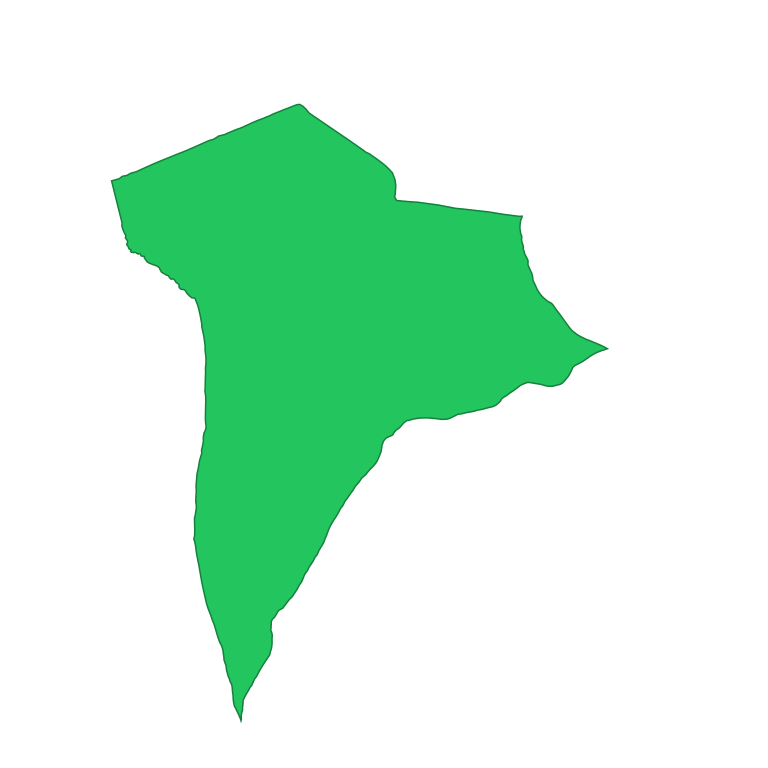 Tesseney, Gash Barka, Eritrea, rotated 76°
{"feature_id": "51966322B94022775351360", "entity_name": "Tesseney", "entity_type": "district", "adm_level": 2, "iso_a3": "ERI", "parent_name": "Eritrea", "parent_adm1": "Gash Barka", "projection": "albers", "projection_center": [36.702, 15.181], "detail": "fine", "context": "isolated", "style": "filled", "palette": "green", "viewbox_px": 768, "rotation_deg": 76, "n_neighbors": 0, "source": "geoboundaries", "source_scale": "gbopen_adm2", "svg_char_len": 6156}
<svg xmlns="http://www.w3.org/2000/svg" viewBox="0 0 768 768"><g transform="rotate(76 384 384)"><path d="M254.6,209.4L254.0,212.3L248.3,227.0L242.8,239.7L233.6,264.3L230.8,272.2L223.6,287.7L215.7,307.5L213.4,314.8L210.9,322.0L208.9,327.5L204.6,328.4L202.9,327.3L194.6,324.6L188.9,323.9L181.3,324.7L176.0,327.6L173.3,329.3L169.4,332.1L163.8,336.7L157.0,342.6L155.0,345.2L141.5,356.8L103.1,391.0L98.5,393.2L94.6,395.7L92.3,398.2L91.9,401.0L93.7,415.4L94.3,419.4L95.0,424.9L95.4,427.1L95.9,429.4L96.2,431.2L97.3,438.9L97.6,442.1L98.7,449.2L99.5,452.9L101.1,462.3L101.3,465.2L102.7,474.6L103.4,478.2L103.4,484.4L105.3,490.0L105.4,493.5L105.6,495.9L106.4,500.2L110.0,521.3L110.8,527.8L113.3,545.5L114.5,553.3L116.2,562.9L118.1,573.2L118.2,578.6L119.4,583.1L119.2,587.7L120.8,591.4L121.0,599.2L164.7,599.2L166.5,599.9L167.3,600.1L169.1,600.1L172.2,599.8L175.8,599.1L177.2,598.6L178.0,598.8L178.6,599.1L179.8,599.6L180.4,599.4L181.4,598.8L182.2,598.5L183.8,598.3L184.4,598.5L185.9,599.6L186.7,599.9L188.5,599.1L189.1,598.9L190.4,598.9L191.5,598.5L192.0,597.8L192.3,597.3L192.8,597.0L193.9,597.8L194.5,597.6L195.2,597.1L195.5,595.8L195.9,595.4L196.0,594.5L196.0,593.7L196.3,593.1L197.3,592.3L198.4,591.2L198.4,589.5L199.0,589.0L199.9,588.9L200.6,588.8L201.3,588.1L201.6,587.5L201.8,586.4L202.3,585.7L203.1,585.9L203.6,586.1L204.3,585.9L205.9,585.0L206.8,584.9L207.7,584.5L209.1,583.4L210.0,582.5L211.4,580.4L211.9,579.9L212.5,579.0L212.9,578.1L213.3,577.4L213.9,576.8L214.8,575.5L217.0,573.8L217.8,573.7L219.0,573.7L219.7,573.2L220.3,573.2L221.5,572.9L222.9,571.6L225.8,568.6L226.5,567.2L227.3,566.8L228.2,566.6L228.7,566.4L229.4,566.2L230.5,565.5L230.9,564.8L231.0,563.1L231.5,562.6L233.0,561.8L234.6,561.4L235.5,560.9L237.0,559.4L238.0,558.9L238.7,559.0L239.5,559.3L240.2,559.4L240.8,559.3L242.5,558.5L243.0,558.0L243.7,555.9L244.7,554.7L245.1,554.2L246.8,553.7L248.0,553.4L248.9,553.0L250.8,551.8L251.4,551.5L253.9,549.6L254.7,547.2L255.5,546.6L262.7,545.7L266.1,545.6L268.5,545.7L270.7,545.7L274.1,545.8L281.5,546.3L285.1,547.0L289.1,547.1L294.5,547.3L298.7,547.8L303.4,548.3L307.7,549.4L315.0,550.3L320.7,551.7L325.7,553.5L329.9,554.4L333.9,555.6L341.2,557.6L344.9,558.6L346.2,558.9L347.4,559.5L350.3,559.7L353.5,560.2L357.5,561.1L363.2,562.7L374.4,565.7L378.5,566.5L380.8,566.6L383.6,567.4L385.9,568.7L388.0,570.5L392.2,572.3L395.9,573.1L399.9,574.9L404.2,577.1L407.2,577.6L409.1,578.8L413.9,581.6L420.4,584.4L426.0,587.2L437.9,591.2L442.4,592.0L447.4,593.6L452.6,595.1L457.7,595.7L460.8,596.9L466.6,599.3L467.0,599.8L468.6,600.4L477.3,602.4L479.1,602.7L485.1,604.4L486.4,605.0L488.5,606.1L489.0,606.0L490.0,606.0L490.6,605.8L491.2,605.7L491.9,605.9L495.4,606.0L502.0,606.8L511.7,607.4L514.0,607.4L531.5,608.7L542.4,609.1L554.3,609.3L560.1,608.9L565.0,608.2L571.9,607.6L576.5,607.0L582.3,606.7L587.8,606.5L593.1,606.1L595.9,605.6L598.8,604.9L602.2,604.7L604.6,604.8L607.3,605.2L608.6,605.2L610.1,605.5L611.4,605.6L613.2,606.0L614.9,605.8L616.7,605.7L618.8,605.4L620.2,605.5L621.6,605.8L623.7,606.0L628.0,605.9L629.9,605.9L633.0,605.3L634.6,605.4L635.2,605.3L639.1,604.5L642.2,604.8L647.1,605.6L649.8,605.8L651.2,606.2L652.3,606.3L653.4,606.6L654.6,606.7L656.8,607.0L660.4,607.1L661.1,606.9L663.0,606.3L664.4,606.1L670.7,604.8L671.4,604.7L672.4,604.6L674.0,604.3L676.1,604.2L674.6,603.4L671.5,602.9L667.8,601.2L666.2,600.1L665.5,600.0L663.0,599.3L661.9,598.8L660.0,598.1L658.1,597.6L656.6,597.0L654.1,595.0L653.0,593.9L651.5,592.6L648.1,589.2L646.1,587.5L644.3,585.1L642.3,583.6L638.9,580.9L637.1,578.6L632.6,574.6L629.7,571.8L626.3,568.3L619.6,560.9L618.6,560.1L617.4,559.6L612.6,556.8L608.8,555.4L603.5,554.1L601.1,553.2L599.7,553.1L597.1,553.1L595.5,553.5L593.2,552.5L591.8,552.2L590.1,551.6L587.4,550.9L586.5,550.2L585.1,549.1L583.9,546.8L581.1,543.8L579.6,542.6L578.4,541.0L577.9,539.7L577.3,537.5L577.2,536.7L570.4,528.2L568.0,524.3L563.5,519.4L562.1,517.9L560.6,516.6L559.5,515.5L558.6,514.9L556.1,511.8L549.4,506.9L546.5,503.4L543.5,500.9L542.3,499.5L540.2,497.3L539.0,495.9L536.2,493.5L535.0,492.4L533.8,490.5L532.2,489.2L529.6,487.2L528.2,485.7L527.8,485.5L526.3,483.8L523.5,481.1L519.2,478.1L517.1,476.4L515.3,475.3L513.5,474.0L511.3,472.5L508.7,470.4L503.6,465.4L501.7,463.2L498.1,459.6L496.5,458.2L494.7,456.7L491.8,453.1L488.6,450.5L485.5,446.7L482.2,443.0L479.8,440.0L476.5,436.7L473.1,431.9L470.0,428.5L467.4,423.5L464.2,419.3L463.2,417.8L461.6,414.9L458.8,411.1L457.0,409.2L453.9,406.8L449.4,403.5L446.7,402.2L445.4,401.8L445.0,401.4L443.7,401.3L442.3,400.3L441.6,399.7L440.6,399.2L439.5,398.4L439.1,398.0L438.1,396.8L437.0,395.1L436.5,393.1L435.8,388.7L435.5,388.1L435.1,387.3L433.9,386.4L433.0,385.5L432.4,384.3L431.9,384.0L431.1,381.7L430.2,379.4L427.2,375.3L426.2,373.5L425.2,371.0L425.0,370.5L425.3,368.5L425.1,364.6L425.4,360.4L425.9,356.5L427.3,350.5L428.1,347.8L429.4,344.5L430.0,342.3L432.0,337.4L432.6,335.4L432.9,333.4L433.4,331.0L433.2,328.1L431.3,319.9L431.7,316.5L431.7,310.5L432.0,307.2L432.2,303.4L432.0,299.5L432.3,295.6L432.2,286.8L432.3,283.9L431.9,282.3L431.8,281.0L430.2,277.6L428.7,275.0L427.0,273.6L426.1,271.8L425.6,270.4L425.0,268.1L423.4,264.6L421.9,260.3L419.3,254.0L418.6,252.8L418.3,251.7L417.8,249.5L417.5,247.1L417.2,244.6L417.7,242.6L420.8,235.4L422.4,231.7L424.3,228.4L425.3,226.6L425.8,225.5L426.0,224.6L426.9,221.6L427.0,219.1L426.9,216.8L427.0,213.8L426.7,212.0L426.0,210.1L424.8,208.2L422.8,205.6L421.2,203.4L420.1,202.2L416.6,199.1L413.5,196.7L412.3,194.5L411.7,191.7L410.3,186.1L409.4,183.6L407.0,177.4L406.1,174.6L405.3,171.6L404.9,169.8L404.2,164.4L404.1,161.4L403.8,158.7L401.1,161.6L398.4,164.9L391.9,173.6L389.3,177.4L384.9,182.5L382.6,184.8L378.1,188.4L375.6,189.7L372.4,191.1L367.8,193.0L359.5,196.3L352.8,199.2L347.9,201.0L346.7,201.7L345.5,202.6L344.7,203.7L342.7,205.7L340.8,207.0L338.7,208.5L336.3,209.9L333.1,211.3L329.3,212.5L324.6,213.3L319.3,214.4L315.6,213.8L312.4,213.8L309.2,214.5L307.1,214.8L305.2,215.2L302.8,215.4L299.3,214.4L295.9,215.0L292.2,215.9L286.5,216.2L284.2,215.5L279.4,215.8L277.1,215.6L275.6,215.0L274.2,214.7L272.9,214.6L271.6,215.0L266.2,214.5L263.4,213.8L257.8,211.6L255.7,209.8L255.2,209.6L254.6,209.4Z" fill="#22c55e" stroke="#15803d" stroke-width="1.5"/></g></svg>